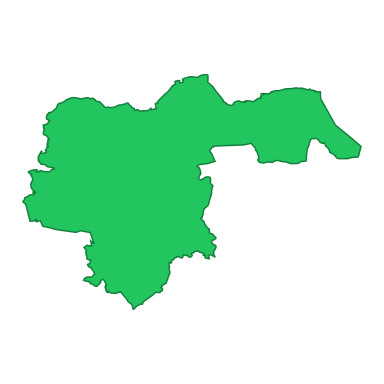 Tizapán el Alto, Jalisco, Mexico (Robinson projection)
{"feature_id": "50627088B39288283772272", "entity_name": "Tizapán el Alto", "entity_type": "district", "adm_level": 2, "iso_a3": "MEX", "parent_name": "Mexico", "parent_adm1": "Jalisco", "projection": "robinson", "projection_center": [-103.079, 20.107], "detail": "fine", "context": "isolated", "style": "filled", "palette": "green", "viewbox_px": 384, "rotation_deg": 0, "n_neighbors": 0, "source": "geoboundaries", "source_scale": "gbopen_adm2", "svg_char_len": 5881}
<svg xmlns="http://www.w3.org/2000/svg" viewBox="0 0 384 384"><path d="M46.3,118.2L46.8,119.1L49.7,120.5L48.8,121.0L47.6,123.9L43.2,125.2L44.1,128.0L43.7,127.9L44.2,129.9L43.2,133.3L44.0,134.7L46.0,135.4L48.8,138.4L48.8,139.5L48.3,139.2L47.6,141.7L48.3,142.6L47.2,143.5L47.2,145.5L47.8,145.3L48.2,146.8L47.1,147.1L46.4,148.6L46.1,150.4L44.9,149.9L46.5,151.7L46.1,152.5L45.2,152.7L45.2,153.0L40.9,153.4L41.8,151.4L41.3,151.2L38.2,157.0L38.5,159.2L38.2,159.9L38.9,160.7L38.8,161.7L40.7,163.3L41.1,164.2L45.8,164.8L46.5,166.2L47.8,166.8L52.6,167.5L54.4,168.2L54.0,169.3L53.5,169.3L53.4,170.0L53.3,169.7L51.8,169.3L49.4,172.1L45.8,171.5L44.0,171.7L41.1,170.6L39.9,170.7L39.4,171.7L37.8,171.4L36.4,172.0L37.0,169.8L32.7,170.1L28.4,171.7L28.5,172.5L30.8,174.0L30.4,174.0L30.7,174.8L32.3,177.5L32.7,180.7L31.7,181.7L30.7,184.3L31.4,188.1L33.3,190.5L36.2,192.9L33.2,191.8L33.0,192.5L34.1,194.1L28.8,195.4L27.2,196.9L25.0,197.5L24.3,199.9L23.1,201.3L23.0,201.9L25.0,203.6L26.0,205.0L30.0,221.1L30.1,220.7L30.1,221.2L35.4,220.8L35.3,219.5L36.8,219.9L36.9,220.3L36.3,221.4L36.7,221.8L38.7,220.9L40.4,220.9L42.9,226.4L47.7,227.2L56.0,229.5L76.2,232.4L80.2,230.7L90.4,232.6L93.9,243.3L93.1,243.1L90.8,241.0L91.7,246.0L89.8,245.6L88.7,246.0L87.1,245.2L84.0,247.4L86.7,251.0L85.6,252.2L86.7,254.6L86.2,255.1L86.9,255.9L87.1,256.7L86.8,258.7L88.5,259.8L90.9,260.2L90.1,262.3L90.1,263.4L87.5,264.5L88.7,266.7L90.5,267.6L91.2,267.4L91.7,269.1L92.8,270.1L94.3,273.0L94.6,274.3L93.8,274.7L92.0,276.9L90.8,277.2L87.8,276.9L86.6,277.3L86.2,277.9L85.0,277.9L83.6,280.0L84.1,280.0L84.5,280.8L86.6,281.1L87.1,281.5L89.4,281.4L89.4,282.3L90.4,283.6L92.9,284.4L94.1,285.6L95.8,286.3L97.3,286.1L97.8,285.0L98.8,284.6L99.8,283.2L100.4,282.9L100.6,281.1L102.1,279.3L103.1,279.7L104.2,280.4L106.3,284.7L106.4,285.4L105.8,285.4L105.8,286.2L105.3,286.3L105.1,286.8L105.8,289.5L106.1,289.5L106.1,290.8L106.8,292.0L108.1,292.5L108.1,291.3L111.4,293.2L114.1,293.1L114.6,293.4L116.4,293.4L118.0,292.4L119.4,292.0L120.1,292.4L120.4,291.9L121.2,292.0L122.6,294.3L126.6,299.0L128.2,301.8L131.8,304.4L133.3,309.3L134.7,308.5L135.6,307.2L137.3,305.8L140.7,304.0L142.0,304.3L142.8,303.8L142.7,302.2L153.5,294.5L154.2,293.4L156.0,292.4L159.9,292.6L160.7,291.0L162.0,291.0L162.7,289.3L162.2,288.3L161.0,287.6L162.1,286.2L161.7,285.6L166.1,283.3L169.2,274.4L169.6,274.3L170.0,272.0L169.6,271.7L169.1,267.5L169.6,266.2L168.8,264.9L169.0,262.8L169.7,262.4L169.9,262.8L170.8,263.1L171.5,262.8L171.8,260.2L173.5,259.6L174.7,257.9L176.3,257.4L176.8,256.8L178.3,256.7L181.9,258.0L182.6,257.7L183.3,255.1L186.0,255.2L188.0,256.0L189.1,257.1L189.8,257.3L191.1,256.8L192.2,255.6L191.5,253.6L192.5,252.8L193.7,252.9L194.7,251.3L197.9,251.1L199.9,252.3L202.7,253.0L203.8,253.9L203.3,255.2L204.8,254.9L205.0,257.4L205.6,258.1L209.2,258.8L209.4,258.4L208.3,255.8L209.5,254.9L210.8,254.7L215.4,257.2L214.6,256.4L213.5,252.8L213.7,251.4L215.4,248.8L216.1,246.5L215.4,245.3L213.3,244.4L212.1,243.3L211.6,241.8L212.0,240.3L214.3,239.8L215.8,238.5L215.8,237.3L214.5,236.5L213.0,234.3L209.3,232.8L209.5,230.4L209.0,228.8L207.6,228.0L204.7,223.9L204.0,221.6L202.9,221.0L202.5,220.1L201.4,219.3L200.7,217.9L202.2,217.5L202.2,216.2L203.2,214.0L203.1,211.9L204.3,208.6L207.7,205.8L208.5,204.4L209.7,199.5L211.5,194.1L211.7,189.8L212.9,185.6L210.7,183.7L210.3,182.5L210.6,181.0L210.5,178.5L210.2,177.7L209.4,177.1L207.7,176.9L205.2,177.3L201.4,179.9L199.6,179.5L198.6,178.2L199.3,175.9L200.8,173.8L200.3,170.4L198.9,167.3L197.5,166.9L197.1,166.3L197.4,165.5L199.4,164.6L207.8,163.5L215.0,161.3L211.9,154.2L209.6,150.7L212.0,147.3L213.5,147.0L213.4,146.1L243.9,144.9L251.2,143.3L255.4,148.2L255.7,150.3L256.9,151.7L258.7,156.5L258.6,159.5L257.7,159.9L258.4,161.3L260.0,162.6L261.5,162.5L263.3,163.1L268.2,161.9L269.6,162.3L272.9,162.2L274.2,161.2L277.5,160.3L282.0,161.6L285.9,161.9L290.2,163.5L292.3,163.6L298.0,163.5L301.3,161.5L304.9,161.3L306.3,160.7L306.5,155.0L307.3,148.7L308.6,146.1L310.3,140.2L311.2,139.1L313.0,138.5L317.3,138.7L320.4,142.5L322.7,143.3L324.5,143.3L325.3,144.5L325.5,145.8L327.7,147.7L329.2,149.9L329.8,152.4L333.6,154.3L337.0,158.1L339.1,158.7L348.3,158.6L351.0,157.6L358.3,156.9L361.0,146.4L348.7,135.9L335.4,125.1L320.6,98.6L320.4,91.8L319.1,92.0L317.6,91.5L315.9,91.9L315.3,90.8L313.7,90.7L313.0,90.1L311.1,90.3L309.8,89.0L308.1,89.9L301.8,88.1L300.3,88.4L295.9,87.9L291.6,88.6L285.2,88.9L281.5,90.1L277.8,90.8L275.4,90.7L272.2,91.9L272.1,91.5L271.2,91.9L269.2,93.9L264.8,93.6L263.7,94.6L263.6,93.6L261.2,93.7L261.2,95.3L260.4,96.8L261.1,97.3L261.1,97.9L257.9,98.6L253.1,101.8L250.1,101.0L246.0,100.6L245.8,101.7L245.5,102.2L245.0,102.3L244.6,102.2L244.7,101.5L244.2,101.5L243.8,101.9L241.3,102.0L239.0,100.9L236.4,101.4L234.0,102.6L233.4,103.3L233.5,104.8L230.7,105.5L226.9,104.3L226.8,103.6L224.2,101.9L224.4,102.2L223.5,101.9L223.6,101.2L222.4,99.0L215.9,91.1L213.1,86.9L207.4,81.9L208.0,80.6L207.9,75.2L207.0,74.7L203.7,74.8L200.2,75.6L198.4,77.0L197.3,77.4L190.5,76.6L184.6,78.3L182.7,79.1L182.7,80.2L183.3,80.6L183.2,81.9L181.1,82.8L179.5,82.7L179.7,80.5L175.9,81.0L176.0,81.4L174.9,81.9L175.6,84.1L172.6,85.7L167.9,91.8L164.6,94.5L159.2,99.9L157.9,101.4L157.9,103.0L156.3,103.1L155.3,103.8L156.3,108.5L151.4,109.9L150.9,108.3L148.5,110.3L147.0,110.8L145.3,110.6L139.6,111.1L138.0,109.7L136.7,109.7L136.1,110.4L134.7,110.2L134.4,108.7L131.7,107.4L131.1,106.2L129.5,105.1L128.4,103.3L126.6,103.0L124.6,104.2L123.1,104.3L121.9,105.1L120.0,104.9L118.0,105.4L114.4,107.2L110.4,107.6L107.5,107.1L105.8,107.6L105.2,107.5L100.4,102.4L99.3,101.7L96.6,101.3L94.6,99.8L94.8,99.5L92.6,98.1L90.8,98.9L88.8,98.0L86.8,97.7L80.4,99.0L77.9,98.1L73.1,97.6L70.5,98.0L69.8,98.6L68.6,98.8L66.1,100.0L64.8,101.4L62.4,102.4L62.1,102.9L59.4,103.3L58.0,104.1L57.5,104.7L57.3,106.3L55.6,109.2L54.8,109.3L51.9,112.1L48.9,112.6L48.9,113.2L49.9,113.3L48.0,113.8L47.1,114.5L46.3,118.2Z" fill="#22c55e" stroke="#15803d" stroke-width="1.5"/></svg>